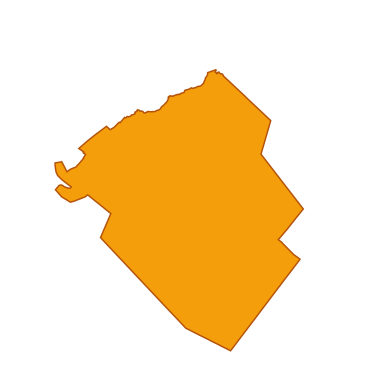 Sobremonte, Córdoba, Argentina, rotated 217°
{"feature_id": "61730980B85685003882590", "entity_name": "Sobremonte", "entity_type": "district", "adm_level": 2, "iso_a3": "ARG", "parent_name": "Argentina", "parent_adm1": "Córdoba", "projection": "orthographic", "projection_center": [-63.921, -29.792], "detail": "fine", "context": "isolated", "style": "filled", "palette": "amber", "viewbox_px": 384, "rotation_deg": 217, "n_neighbors": 0, "source": "geoboundaries", "source_scale": "gbopen_adm2", "svg_char_len": 3860}
<svg xmlns="http://www.w3.org/2000/svg" viewBox="0 0 384 384"><g transform="rotate(217 192 192)"><path d="M65.7,88.4L65.7,88.7L65.6,90.1L65.6,110.6L65.5,125.1L65.5,138.2L65.4,178.7L65.3,191.8L65.2,202.8L65.3,203.3L65.5,203.4L73.1,203.2L88.8,205.5L89.9,205.9L94.4,205.8L93.6,220.0L93.3,233.1L92.9,245.4L159.6,263.7L160.5,265.9L165.5,279.1L172.1,296.4L185.5,297.9L202.0,299.7L208.6,300.5L209.4,300.6L236.2,303.5L237.1,303.6L237.3,304.0L239.0,304.5L239.8,303.9L240.9,303.5L241.1,303.5L241.9,303.6L242.7,304.0L243.2,303.5L243.4,303.0L243.2,302.1L243.6,301.4L244.3,301.8L245.0,301.7L245.5,301.7L245.8,302.4L246.0,303.8L246.5,304.0L251.3,296.8L251.0,296.2L250.3,295.3L250.0,293.9L249.8,292.9L250.0,291.3L249.6,290.6L249.2,289.6L248.9,288.3L248.8,287.7L248.5,286.6L248.2,285.6L248.5,284.3L248.6,283.3L248.6,282.5L248.8,282.2L249.2,281.6L250.0,280.4L250.7,280.1L251.2,279.2L251.6,278.6L251.9,277.5L252.8,276.6L253.6,275.3L254.8,275.0L255.5,274.4L255.5,273.8L256.6,271.9L257.6,270.6L258.4,269.6L258.8,269.1L258.8,268.8L258.8,268.3L258.4,267.6L258.3,266.9L258.6,266.1L259.4,265.3L259.6,264.9L260.2,263.8L260.5,263.6L260.5,263.0L260.7,262.6L261.0,262.0L261.4,262.0L261.8,261.8L262.0,261.3L262.6,260.8L262.9,260.1L263.2,259.8L263.8,259.2L264.3,258.3L264.6,257.2L264.9,256.8L265.2,256.7L265.4,256.9L265.7,256.8L265.8,256.4L266.1,256.2L266.5,255.9L267.2,255.8L267.7,255.2L267.7,254.8L267.4,254.4L267.7,254.3L268.1,253.9L268.1,253.7L267.9,253.3L267.7,253.1L267.4,252.7L267.1,252.1L266.9,251.8L266.8,251.3L266.7,250.9L266.6,250.6L266.4,250.0L266.4,249.7L266.4,248.5L266.4,248.1L266.4,247.8L266.6,247.4L266.7,247.0L266.7,246.6L266.7,246.3L266.7,245.9L266.7,245.5L266.7,245.1L266.8,244.8L267.1,243.5L267.3,243.0L267.4,242.3L267.5,241.7L267.6,241.2L267.5,240.9L267.4,240.2L267.3,239.8L267.3,239.6L267.3,239.4L267.4,239.2L267.5,238.8L267.6,238.4L267.8,237.9L268.1,237.2L268.2,236.8L268.8,236.6L269.0,236.2L269.3,235.7L269.5,235.3L269.7,234.7L269.9,234.3L270.2,233.7L270.3,233.6L270.7,233.3L271.1,233.0L271.6,232.8L271.8,232.5L272.2,232.1L273.0,231.4L275.6,229.8L275.9,229.5L275.9,228.7L276.3,228.1L276.6,228.1L276.7,227.8L277.0,226.9L277.7,226.4L278.5,226.3L279.0,226.6L279.7,226.7L280.5,226.5L281.1,226.3L281.5,225.8L282.0,225.4L282.8,225.2L283.2,225.5L283.8,225.4L284.0,225.4L284.2,225.2L284.4,225.1L284.6,224.9L284.8,224.8L284.8,224.7L285.0,224.6L285.1,224.4L285.0,224.2L284.8,224.0L284.7,223.9L284.6,223.7L284.8,223.3L284.9,223.2L285.0,223.1L285.0,222.9L285.0,222.6L285.1,222.3L285.1,222.2L285.3,222.0L285.4,221.9L285.5,221.7L285.5,221.3L285.5,221.2L285.4,221.1L285.2,221.1L284.9,221.0L284.9,220.9L284.9,220.6L284.9,220.4L284.7,220.2L284.7,219.9L284.8,219.8L284.9,219.6L285.0,219.4L285.0,219.2L285.2,218.9L285.3,218.7L285.8,217.9L286.1,217.7L286.6,217.3L286.7,216.8L286.7,216.4L286.7,215.5L286.9,215.2L287.2,214.9L287.9,213.8L288.2,213.8L288.9,213.6L289.1,213.3L289.2,213.0L289.3,212.8L289.3,212.2L289.3,211.9L289.3,211.6L289.8,211.2L290.7,211.1L291.1,204.1L292.2,203.9L293.1,196.7L294.9,192.5L299.8,193.0L304.0,178.5L306.2,169.9L308.6,158.6L302.3,158.8L302.4,157.8L299.6,157.9L299.5,157.1L299.4,156.1L299.2,153.7L298.9,153.7L298.9,152.8L299.1,149.8L299.3,145.9L299.6,144.7L299.7,144.2L299.6,142.8L299.8,141.8L300.8,140.3L301.9,138.6L303.1,136.3L303.3,135.6L303.7,133.7L304.0,132.9L308.4,135.0L314.3,137.8L314.8,137.0L315.0,136.8L318.8,132.9L318.1,131.8L316.9,130.4L315.4,128.8L312.5,126.1L309.2,124.3L304.0,123.6L299.1,123.4L297.8,123.4L291.5,123.4L291.5,122.0L292.1,121.1L296.6,119.4L299.8,119.3L301.3,118.4L302.1,117.3L302.4,111.6L293.1,109.7L284.2,110.6L283.0,110.7L281.1,113.1L280.6,113.8L274.2,124.2L273.7,126.9L272.3,126.9L243.8,125.9L242.3,119.7L237.6,100.5L182.4,91.0L156.1,86.5L143.9,84.4L134.9,82.9L122.4,80.8L115.0,79.5L98.8,82.4L90.4,84.0L84.9,84.9L82.0,85.5L75.0,86.7L71.7,87.3L70.4,87.6L65.7,88.4Z" fill="#f59e0b" stroke="#b45309" stroke-width="1.5"/></g></svg>